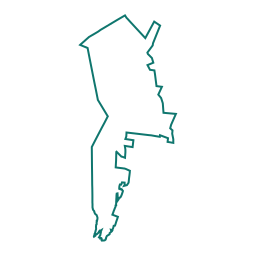 Francisco I. Madero, Coahuila, Mexico
{"feature_id": "50627088B35500678821853", "entity_name": "Francisco I. Madero", "entity_type": "district", "adm_level": 2, "iso_a3": "MEX", "parent_name": "Mexico", "parent_adm1": "Coahuila", "projection": "natural_earth1", "projection_center": [-103.245, 26.23], "detail": "fine", "context": "isolated", "style": "outline", "palette": "teal", "viewbox_px": 256, "rotation_deg": 0, "n_neighbors": 0, "source": "geoboundaries", "source_scale": "gbopen_adm2", "svg_char_len": 3721}
<svg xmlns="http://www.w3.org/2000/svg" viewBox="0 0 256 256"><path d="M80.1,44.9L87.6,48.0L89.6,58.3L94.4,82.6L95.8,89.4L97.2,96.5L97.7,99.0L97.8,99.8L107.4,115.7L107.8,116.3L104.4,122.9L101.6,128.1L95.3,140.2L91.8,147.0L91.9,157.2L92.0,167.6L92.1,174.6L92.2,184.9L92.3,188.2L92.4,195.4L92.4,202.6L92.5,204.1L92.5,207.5L92.7,208.2L92.7,208.3L92.8,208.4L92.8,208.5L92.8,208.8L92.8,209.0L92.9,209.4L93.0,209.6L93.1,209.8L93.2,210.0L93.3,210.1L93.5,210.3L93.8,210.7L94.0,210.9L94.0,211.0L94.2,211.3L94.3,211.4L94.4,212.3L95.1,213.8L96.7,215.2L96.9,215.9L97.1,216.4L97.4,217.4L97.5,217.9L97.4,219.2L97.4,219.3L97.3,219.5L97.2,220.0L96.8,220.4L96.7,220.5L96.7,220.8L96.7,221.0L97.0,221.0L96.9,221.5L96.7,222.2L96.6,222.3L96.6,223.4L96.7,224.0L96.6,224.3L96.4,224.5L96.2,224.7L96.0,226.5L96.0,226.8L96.0,227.1L96.1,228.7L96.1,229.1L95.6,230.7L95.6,230.9L94.8,233.8L94.2,235.4L94.0,236.2L93.9,236.5L94.0,236.7L94.8,236.1L95.4,235.7L95.5,235.4L95.4,235.1L96.1,234.5L95.7,234.1L96.9,234.1L97.1,234.0L97.7,233.4L98.0,233.1L98.5,232.7L98.9,231.7L99.2,231.2L99.4,231.1L99.8,230.6L100.2,230.8L100.6,230.6L100.9,230.4L101.0,230.3L101.5,230.0L101.1,231.0L100.6,232.0L100.3,232.5L100.8,232.8L100.6,233.4L100.6,233.6L100.4,234.4L100.4,234.5L100.3,235.2L100.0,235.6L99.5,236.5L99.0,237.4L100.2,237.8L100.2,238.3L100.2,238.5L100.3,238.5L100.9,238.0L101.1,238.0L101.3,238.1L101.5,238.3L101.5,238.5L101.7,239.0L101.7,239.3L101.6,239.5L101.7,239.8L101.8,239.9L101.8,240.1L101.7,240.1L101.6,240.3L101.7,240.5L101.8,240.6L102.7,240.5L103.6,240.5L104.1,240.4L104.6,240.4L105.0,240.1L105.6,239.6L105.6,239.4L105.7,239.1L105.9,238.9L106.0,238.7L105.9,238.4L106.1,237.9L106.1,237.7L106.7,236.3L107.0,235.9L107.9,235.3L108.1,235.2L108.6,234.9L109.4,234.4L109.6,234.2L109.6,233.2L110.1,232.7L111.8,231.3L112.1,230.9L112.2,230.7L111.7,230.6L111.4,230.8L111.2,231.0L110.9,229.8L111.8,230.1L112.5,229.3L113.0,228.5L113.3,227.5L113.7,225.8L114.9,225.7L115.0,225.6L115.3,224.7L115.7,223.5L116.2,221.8L117.5,218.1L117.9,216.8L112.4,214.7L113.4,212.1L113.5,211.6L114.4,209.4L114.7,208.5L115.3,207.2L115.9,205.5L116.0,205.4L115.9,205.3L116.1,205.2L116.1,203.9L116.2,202.0L116.2,201.5L116.2,201.2L116.3,200.1L116.3,198.9L116.4,198.3L116.5,195.7L116.5,195.2L116.7,193.6L117.5,193.4L117.7,196.8L117.9,200.3L118.6,199.3L118.7,199.1L118.8,198.8L118.9,198.6L119.1,198.1L119.5,197.7L120.1,197.6L120.3,197.4L120.6,197.1L120.7,196.7L121.3,195.8L121.4,195.5L121.9,194.2L122.8,191.5L122.9,190.9L122.1,190.1L122.1,189.6L121.1,189.0L120.8,189.1L120.7,189.0L120.4,189.3L119.5,188.9L119.3,188.9L119.2,188.4L119.4,186.2L119.9,184.5L121.2,184.6L122.0,182.4L123.3,182.5L124.6,182.6L124.6,183.5L124.8,184.9L124.1,185.7L124.0,185.9L126.6,185.2L126.9,185.1L127.2,184.7L128.5,182.8L128.6,182.5L128.8,180.8L129.1,177.8L129.3,176.3L129.4,175.6L129.8,172.2L129.8,171.5L129.9,170.8L125.7,168.9L124.4,168.5L123.3,168.4L122.8,168.3L117.8,167.7L115.7,167.4L116.1,160.2L116.3,151.9L116.5,151.7L121.4,156.6L122.5,156.8L125.0,157.8L125.4,152.3L125.4,149.5L124.8,145.9L132.6,147.1L133.4,140.2L125.4,139.0L126.3,136.4L126.5,132.5L132.4,133.2L134.2,133.4L149.5,135.2L151.0,135.3L155.5,136.1L159.8,136.8L160.0,135.2L168.0,138.2L167.6,141.9L173.3,142.9L173.3,139.2L172.2,133.7L172.5,130.4L170.2,128.3L171.1,124.8L175.9,113.9L163.5,112.8L162.8,103.4L162.6,102.6L161.1,98.0L158.3,94.6L161.9,86.8L159.5,86.5L156.5,86.1L155.0,74.3L154.4,70.4L150.0,69.8L147.5,65.1L153.3,62.7L151.9,58.0L147.9,54.0L147.4,52.6L147.6,52.3L152.7,45.4L153.0,43.3L160.1,25.6L154.2,21.6L145.3,38.1L130.3,21.9L127.5,18.8L126.6,17.9L126.4,17.6L125.6,16.4L125.4,16.0L125.0,15.4L117.1,20.0L103.9,27.9L100.5,29.9L98.6,31.3L98.0,31.7L94.8,33.6L89.1,36.9L80.3,44.7L80.1,44.9Z" fill="none" stroke="#0f766e" stroke-width="2"/></svg>